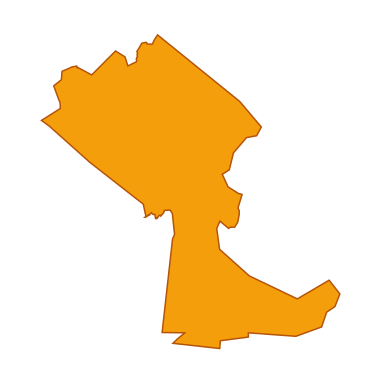 outline of Craven, North Carolina, United States of America, rotated 5°
{"feature_id": "52423323B69937594660811", "entity_name": "Craven", "entity_type": "district", "adm_level": 2, "iso_a3": "USA", "parent_name": "United States of America", "parent_adm1": "North Carolina", "projection": "equal_earth", "projection_center": [-77.135, 35.114], "detail": "fine", "context": "isolated", "style": "filled", "palette": "amber", "viewbox_px": 384, "rotation_deg": 5, "n_neighbors": 0, "source": "geoboundaries", "source_scale": "gbopen_adm2", "svg_char_len": 2252}
<svg xmlns="http://www.w3.org/2000/svg" viewBox="0 0 384 384"><g transform="rotate(5 192 192)"><path d="M186.2,344.4L193.8,344.6L233.3,345.5L233.2,337.7L260.8,331.6L260.4,327.4L308.1,326.7L332.9,315.1L336.6,300.0L344.4,293.6L348.2,280.7L336.3,267.9L306.2,289.3L256.4,270.6L224.5,246.7L219.8,226.2L221.4,221.4L222.4,218.6L231.7,225.1L233.0,223.8L237.6,223.3L240.2,218.0L241.0,210.3L240.6,206.4L239.2,203.9L242.1,190.1L238.4,189.4L227.5,183.8L220.6,171.7L227.2,166.7L229.9,149.4L241.5,133.1L251.5,130.3L255.4,121.2L248.8,114.7L233.7,99.7L231.4,97.5L144.0,38.5L141.8,42.6L140.1,46.7L140.1,47.5L139.0,48.5L137.3,48.2L135.6,48.6L134.0,48.2L133.9,47.2L133.1,46.9L129.1,48.1L124.8,57.1L125.4,57.7L125.6,58.8L125.3,60.0L125.9,62.0L125.3,62.7L124.9,64.6L125.4,65.3L125.4,67.0L117.1,72.0L113.5,63.2L103.5,58.2L81.9,84.1L67.3,77.9L67.1,78.3L66.5,77.7L66.2,76.6L60.6,78.2L59.7,79.0L52.0,83.1L52.1,91.5L45.0,98.3L51.2,111.6L51.8,112.5L52.8,114.9L53.6,120.2L35.8,133.8L44.2,138.9L87.0,170.9L88.0,171.6L136.4,203.1L144.5,208.3L148.3,220.6L147.2,221.3L147.6,221.4L149.8,219.8L150.3,218.6L150.8,218.5L151.2,219.0L151.8,218.6L152.1,217.5L152.5,217.3L153.5,216.2L153.6,216.6L154.8,217.6L155.4,217.8L156.9,217.5L158.0,221.6L159.5,221.6L159.4,221.6L159.3,221.4L159.2,221.4L159.1,221.2L158.9,221.2L158.9,220.9L159.0,220.7L159.3,220.7L159.5,220.8L159.5,220.7L159.7,220.8L159.8,220.8L159.8,220.7L160.0,220.6L160.1,220.4L160.2,220.2L160.3,220.1L160.3,219.9L160.4,219.7L160.4,219.4L160.5,219.3L160.5,219.2L160.6,218.9L160.8,218.8L160.8,218.7L161.0,218.6L161.2,218.4L161.3,218.3L161.5,218.2L161.8,218.0L162.0,217.9L162.3,217.9L162.5,217.9L162.6,218.0L162.8,218.3L162.8,218.5L162.9,218.4L163.0,218.3L163.3,218.3L163.3,218.2L163.4,217.9L163.5,217.8L163.6,217.6L163.9,217.4L164.0,217.3L164.1,217.2L164.3,217.0L164.3,216.9L164.5,216.7L164.6,216.4L164.8,216.3L164.8,216.2L165.0,215.9L165.2,215.7L165.3,215.6L165.4,215.4L165.5,215.4L165.6,215.2L165.7,214.9L165.7,214.7L165.7,214.4L165.7,214.2L165.8,213.9L165.9,213.7L166.0,213.6L166.0,213.4L166.1,213.2L166.2,212.9L166.2,212.7L166.3,212.7L171.8,211.9L174.3,215.2L178.3,235.7L176.7,240.6L174.9,317.1L174.7,323.4L174.5,334.6L197.1,332.9L197.0,333.1L190.7,339.2L186.2,344.4Z" fill="#f59e0b" stroke="#b45309" stroke-width="1.5"/></g></svg>